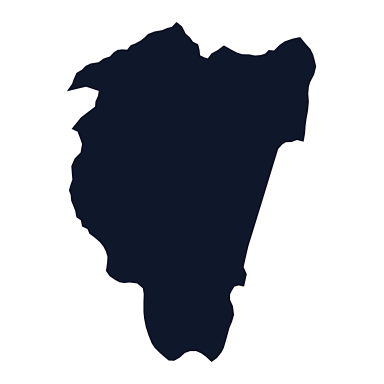 Candeias, Bahia, Brazil (Robinson projection)
{"feature_id": "56859067B39745147168905", "entity_name": "Candeias", "entity_type": "district", "adm_level": 2, "iso_a3": "BRA", "parent_name": "Brazil", "parent_adm1": "Bahia", "projection": "robinson", "projection_center": [-38.483, -12.69], "detail": "fine", "context": "isolated", "style": "filled", "palette": "ink", "viewbox_px": 384, "rotation_deg": 0, "n_neighbors": 0, "source": "geoboundaries", "source_scale": "gbopen_adm2", "svg_char_len": 1859}
<svg xmlns="http://www.w3.org/2000/svg" viewBox="0 0 384 384"><path d="M312.5,55.0L309.9,49.6L305.1,44.3L299.9,37.9L293.1,39.3L284.9,42.1L279.6,45.9L274.3,51.3L269.0,50.8L265.8,54.2L261.0,55.8L254.8,56.3L249.0,55.1L242.1,55.0L236.5,53.2L231.3,50.5L223.9,46.3L218.0,50.8L212.0,54.0L208.1,59.3L203.8,58.0L199.4,55.8L198.8,50.1L197.5,44.8L192.5,42.4L189.4,37.9L185.1,34.1L181.5,27.0L176.6,23.0L172.3,27.5L167.2,28.8L162.4,30.9L154.8,32.2L148.5,34.6L145.4,37.7L141.2,41.1L135.9,44.0L131.1,45.9L127.5,50.5L122.2,50.1L118.0,50.6L114.1,53.0L110.4,57.1L104.0,59.2L98.7,63.0L91.0,64.2L86.1,66.5L82.2,70.5L77.1,73.4L74.4,79.4L72.8,84.1L68.6,90.1L86.0,85.9L99.6,90.4L98.7,96.2L96.2,101.7L95.8,107.0L81.5,117.9L72.8,128.6L78.1,131.1L80.8,138.1L82.8,144.0L81.3,152.8L75.3,158.9L72.1,166.2L72.5,172.4L73.1,179.8L71.2,185.0L69.7,190.3L71.4,194.7L71.9,200.5L73.7,205.0L75.9,210.4L77.1,216.8L81.5,219.8L82.8,226.0L88.1,228.5L90.0,233.2L95.0,236.9L100.4,241.6L104.0,246.1L106.5,250.9L108.2,256.6L107.9,262.6L106.7,270.7L110.2,275.7L114.9,278.9L119.6,281.5L124.4,282.3L129.3,281.7L137.5,282.7L143.5,287.8L144.5,294.1L144.2,301.7L144.2,312.1L144.9,318.7L146.6,327.1L149.1,334.9L152.3,342.8L155.0,347.1L160.1,352.2L164.7,356.2L169.0,359.8L174.0,360.0L179.3,357.0L184.6,352.2L190.2,350.3L196.3,350.3L201.3,352.5L206.3,356.0L211.6,361.0L216.4,357.5L220.7,352.2L223.0,347.8L224.6,342.6L226.7,335.2L228.7,327.7L231.3,321.6L233.3,314.8L232.2,306.3L229.3,299.9L229.3,294.3L231.3,290.1L233.9,286.0L238.7,284.6L243.5,285.7L246.0,274.2L242.8,267.1L247.6,246.1L254.1,225.1L263.8,193.5L274.1,159.7L275.5,155.2L277.5,148.6L281.6,144.0L285.5,141.5L291.7,141.2L296.8,139.2L303.0,140.8L304.3,133.3L304.9,125.1L305.9,117.9L306.9,112.9L307.6,107.5L308.1,101.5L307.5,93.8L308.1,86.6L309.4,82.0L313.5,74.1L315.4,66.5L314.0,60.5L312.5,55.0Z" fill="#0f172a" stroke="#020617" stroke-width="1.5"/></svg>